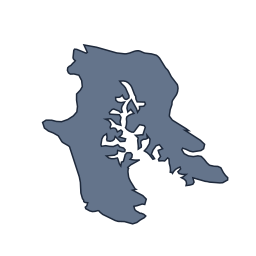 the Region of Quinara, rotated 252°
{"feature_id": "GNB-773", "entity_name": "Quinara", "entity_type": "Region", "adm_level": 1, "iso_a3": "GNB", "parent_name": "Guinea-Bissau", "parent_adm1": "", "projection": "albers", "projection_center": [-15.226, 11.637], "detail": "fine", "context": "isolated", "style": "filled", "palette": "slate", "viewbox_px": 256, "rotation_deg": 252, "n_neighbors": 0, "source": "natural_earth", "source_scale": "10m", "svg_char_len": 4434}
<svg xmlns="http://www.w3.org/2000/svg" viewBox="0 0 256 256"><g transform="rotate(252 128 128)"><path d="M67.2,116.6L67.5,113.1L59.1,121.2L54.7,123.4L50.1,120.3L51.3,118.0L51.3,112.5L51.7,109.4L48.3,109.2L46.3,110.3L44.8,111.8L43.1,113.1L43.0,114.0L41.1,116.3L38.8,117.7L37.7,115.8L36.8,111.4L35.4,107.2L35.4,102.8L40.1,95.7L42.2,89.8L44.0,87.2L53.6,77.3L56.5,75.4L58.1,74.8L58.7,73.9L58.9,70.9L59.5,68.3L61.0,66.0L64.3,62.9L65.9,62.9L66.6,64.6L67.4,65.3L68.3,65.8L69.4,66.6L70.4,64.2L71.7,63.2L73.2,63.5L74.8,62.9L80.7,63.1L91.0,65.9L96.7,66.6L128.3,66.6L129.7,65.7L134.0,61.8L135.4,60.9L142.1,59.3L146.3,55.5L149.7,51.4L153.8,48.5L159.7,48.5L160.8,52.5L159.0,57.8L156.4,61.9L154.5,66.8L154.7,73.4L156.4,79.8L159.1,84.3L164.0,86.6L170.5,87.7L176.2,89.6L178.7,94.3L181.4,97.3L187.4,98.6L193.4,97.6L196.1,93.3L196.1,93.2L197.1,89.8L198.9,88.4L201.6,88.2L203.9,89.3L204.8,91.1L205.2,93.1L206.6,95.5L207.6,97.7L208.3,98.7L209.7,97.8L210.9,97.4L212.0,97.5L218.5,100.4L219.5,101.5L218.6,103.6L212.1,111.3L212.5,112.7L220.6,111.8L214.5,123.1L202.9,140.4L199.5,147.9L199.1,149.4L198.8,152.7L199.0,157.5L198.9,159.1L198.6,160.6L198.2,161.9L197.6,162.9L196.8,163.9L195.7,165.1L194.1,167.0L191.2,173.3L188.4,177.5L186.8,178.6L184.6,179.6L174.7,182.0L173.4,182.4L170.9,183.6L169.5,184.0L163.4,185.0L154.1,188.3L152.3,188.2L150.2,187.8L147.3,186.4L145.8,185.3L144.6,184.2L140.6,179.1L139.7,178.3L138.8,177.8L136.7,177.0L132.4,173.8L127.8,171.5L126.5,171.0L121.8,172.6L109.2,183.2L106.8,184.9L108.1,181.5L94.0,193.0L88.8,195.8L84.9,193.5L84.0,190.4L85.3,182.4L86.8,179.8L89.8,176.6L91.9,173.7L90.6,172.4L86.2,173.5L82.8,176.8L80.6,181.3L79.9,185.9L78.3,188.9L74.5,190.8L70.4,192.3L67.4,194.0L65.0,198.1L63.7,201.6L61.5,204.0L56.2,204.9L52.8,206.0L49.9,207.5L47.8,206.7L46.7,201.2L47.4,198.4L51.3,188.9L52.6,186.8L53.4,185.0L60.6,174.3L56.1,174.1L54.5,172.3L54.6,169.3L55.3,165.4L57.3,166.6L59.6,166.8L61.9,165.7L64.3,163.4L64.4,165.1L65.9,169.0L67.0,165.5L68.9,162.5L71.0,161.9L72.8,165.4L74.8,165.4L74.5,162.8L73.9,160.4L72.7,158.2L71.1,156.3L72.3,156.1L72.5,155.8L72.4,155.4L72.9,154.5L75.2,155.5L78.0,156.1L81.6,156.3L85.9,157.4L87.3,156.5L85.3,152.7L86.2,150.7L87.1,147.3L88.8,147.3L90.9,150.2L94.5,149.7L97.4,149.8L97.6,154.5L102.5,152.7L102.4,149.2L99.4,145.1L95.7,142.0L94.6,142.6L93.7,143.0L90.6,143.8L90.6,142.0L96.2,140.0L98.8,138.5L101.2,136.4L103.1,139.7L106.4,143.5L110.6,145.5L115.3,143.8L112.2,143.3L111.9,141.5L112.5,139.0L111.8,136.4L109.7,135.4L107.6,135.4L105.7,134.7L104.7,131.2L107.7,132.2L113.3,133.4L115.3,134.6L118.8,132.8L118.2,134.6L117.5,138.3L116.9,140.0L123.2,144.6L125.2,144.2L127.6,140.0L126.2,137.7L123.0,133.3L122.3,132.0L123.0,130.2L124.8,128.2L127.0,126.5L129.1,125.7L129.7,126.3L131.6,127.5L134.4,128.7L137.2,129.3L138.8,130.2L139.7,132.4L140.1,135.3L140.0,138.2L144.9,136.4L144.4,135.5L143.8,133.7L143.3,132.8L147.2,133.1L149.8,134.5L151.9,136.9L153.9,140.0L143.7,142.0L140.0,142.0L141.2,143.4L141.8,144.4L142.7,145.0L144.9,145.5L143.8,149.7L145.3,152.0L147.5,151.8L150.0,144.8L153.0,144.5L156.0,145.1L157.4,144.6L165.5,144.2L167.9,143.7L170.8,142.3L172.9,140.5L174.2,138.1L175.1,134.6L171.8,135.7L169.5,137.0L166.9,138.0L158.3,138.9L156.4,138.2L155.6,135.5L156.1,134.3L157.4,133.5L159.2,133.0L161.0,132.8L160.0,130.5L159.9,129.1L161.0,125.7L158.1,125.0L155.8,126.4L154.3,129.2L153.8,132.8L150.3,128.8L148.1,127.6L144.9,127.6L144.9,125.7L146.8,124.7L150.5,120.3L150.5,118.5L148.6,115.0L146.8,115.0L143.3,123.9L140.3,124.6L136.4,122.4L132.8,122.1L135.5,118.1L139.1,116.3L142.2,114.3L143.3,109.4L141.2,111.7L138.8,112.9L136.4,112.9L134.4,111.2L132.8,111.2L132.6,113.9L131.8,115.6L130.2,116.5L127.6,116.7L128.3,120.6L126.4,121.6L123.8,120.2L122.3,116.7L118.4,122.4L116.3,120.9L117.5,116.4L123.9,113.2L121.6,111.5L120.7,109.4L120.9,106.9L122.3,104.2L123.9,104.2L125.0,104.9L126.0,105.3L129.1,105.8L128.0,102.2L125.7,99.8L120.5,97.1L118.8,97.1L118.1,101.3L116.3,104.7L114.9,108.3L115.3,113.2L112.6,114.3L110.3,117.6L108.1,118.5L106.5,117.6L107.2,115.2L109.9,111.2L106.9,109.9L106.3,106.7L108.1,98.8L105.6,100.3L104.0,102.6L103.1,105.4L102.8,108.6L101.8,108.8L96.4,108.7L94.1,109.4L97.6,111.2L97.6,113.2L100.5,115.2L103.5,117.1L104.8,119.4L103.7,122.9L101.5,123.8L99.0,122.7L97.6,120.3L96.4,122.4L95.4,124.6L94.6,126.9L94.1,129.3L92.1,119.1L90.6,115.6L89.3,116.0L89.2,115.6L86.4,114.4L81.6,113.5L80.2,113.4L76.7,113.8L68.0,115.9L67.2,116.6L67.2,116.6Z" fill="#64748b" stroke="#1e293b" stroke-width="1.5"/></g></svg>